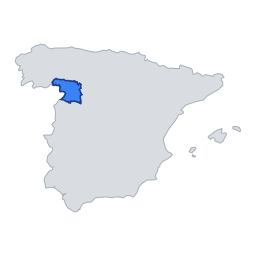 Zamora on a map of Spain (Mercator projection)
{"feature_id": "ESP-5852", "entity_name": "Zamora", "entity_type": "Autonomous Community", "adm_level": 1, "iso_a3": "ESP", "parent_name": "Spain", "parent_adm1": "", "projection": "mercator", "projection_center": [-6.097, 41.685], "detail": "fine", "context": "in_parent", "style": "filled", "palette": "blue", "viewbox_px": 256, "rotation_deg": 0, "n_neighbors": 0, "source": "natural_earth", "source_scale": "10m", "svg_char_len": 5724}
<svg xmlns="http://www.w3.org/2000/svg" viewBox="0 0 256 256"><path d="M139.1,52.2L139.1,53.0L140.4,54.5L144.4,55.4L145.4,56.0L145.3,58.1L144.3,59.9L145.1,60.7L146.1,60.6L147.3,59.2L147.5,60.1L149.4,61.0L153.4,62.6L156.2,62.9L159.2,66.1L163.9,65.5L168.2,68.5L172.2,67.9L173.1,68.5L179.4,68.5L179.7,66.0L180.5,65.0L191.3,68.5L192.6,70.6L192.4,71.7L193.0,74.2L194.4,74.1L197.3,72.7L201.0,74.5L201.9,76.0L202.7,76.1L205.5,74.6L213.0,76.4L213.3,75.2L213.8,74.9L217.0,73.8L218.3,73.6L222.3,74.4L222.8,75.8L223.6,76.3L223.9,77.6L221.5,78.3L221.3,80.4L222.7,82.2L222.9,85.3L218.9,89.2L207.3,95.9L203.5,99.9L194.9,101.9L186.1,104.9L180.8,110.1L182.1,110.6L183.7,112.3L183.2,113.1L180.9,114.4L178.8,114.7L174.9,121.2L169.6,127.8L167.7,130.8L163.5,138.5L163.4,140.7L165.5,148.3L166.7,150.3L168.3,152.0L171.5,153.4L172.3,154.8L171.2,156.1L168.0,158.5L162.6,161.7L160.2,164.2L159.7,166.6L158.1,167.7L157.5,171.1L155.4,175.7L155.2,177.0L156.9,178.7L155.2,179.7L146.8,180.1L141.6,183.8L139.0,187.0L136.7,193.0L133.8,196.5L132.5,197.1L130.6,195.6L128.1,195.4L125.7,195.9L124.5,197.1L122.6,197.8L120.7,197.2L116.5,196.9L114.7,196.9L111.9,197.9L109.4,197.3L105.3,196.9L96.3,197.7L95.2,198.1L91.2,202.1L86.9,202.2L82.9,203.8L80.3,207.7L79.8,209.8L79.0,209.3L78.4,209.4L78.1,211.0L75.4,212.0L72.3,210.7L69.8,208.8L68.5,208.7L66.3,205.7L65.4,203.7L64.7,201.7L64.7,200.2L62.8,199.4L62.3,197.5L63.7,195.0L65.5,193.6L63.8,193.8L62.6,195.3L61.0,192.8L54.4,187.8L54.8,186.0L53.7,187.4L52.9,187.7L49.6,187.5L45.8,188.1L44.2,179.6L45.1,176.6L49.4,170.8L52.1,169.9L53.2,166.9L50.8,167.1L46.8,161.2L47.8,155.7L51.8,151.6L52.4,150.0L52.6,148.4L51.8,147.4L49.7,146.8L47.4,142.4L47.0,139.7L45.1,138.1L43.6,135.4L45.0,135.0L50.6,135.0L51.9,134.3L52.9,132.5L54.0,129.5L54.3,127.6L52.1,125.0L52.0,124.5L52.3,123.6L55.7,120.6L55.0,118.5L55.5,113.8L55.3,111.1L54.9,108.9L53.7,106.0L54.5,104.9L56.3,103.9L57.7,101.5L59.7,99.5L62.5,97.9L65.6,94.5L65.1,92.9L64.0,92.0L60.1,91.3L59.9,90.6L59.9,86.9L58.9,85.3L57.5,85.5L55.3,84.8L54.8,85.3L52.0,85.1L50.1,84.5L49.3,85.0L49.0,86.4L45.8,87.8L44.0,87.7L41.0,86.5L37.6,86.9L37.2,86.6L34.3,88.2L33.4,88.2L32.2,86.4L33.7,83.6L32.4,81.0L31.5,81.0L26.1,82.9L23.0,85.4L21.7,85.7L21.3,85.2L21.2,81.7L24.4,77.9L22.3,77.6L22.4,76.5L23.8,74.8L22.4,73.5L22.4,69.6L19.5,70.9L18.7,70.7L18.7,69.1L20.5,66.1L18.6,65.7L17.2,64.6L15.4,62.0L15.4,60.7L16.3,57.5L18.9,56.0L21.4,53.9L24.8,54.3L30.0,52.4L31.8,51.5L31.7,50.1L31.1,49.2L31.6,48.2L35.8,45.6L38.4,45.3L40.9,44.0L42.6,44.9L44.2,44.6L45.9,45.6L48.2,47.9L51.5,48.8L54.2,48.1L67.8,47.9L71.7,46.8L74.7,48.2L80.5,48.9L84.0,50.0L93.7,52.0L97.2,52.0L104.2,50.1L106.2,50.6L109.0,49.6L110.3,49.8L112.1,51.2L118.3,53.0L119.9,51.5L121.1,51.1L125.6,52.1L130.0,54.0L132.4,54.2L135.8,53.6L139.1,52.2ZM221.2,132.7L222.8,133.4L224.5,132.7L225.4,132.9L226.2,133.3L226.5,134.6L222.8,141.4L220.0,143.2L217.1,141.7L215.4,141.4L214.9,140.8L214.6,138.7L213.8,138.0L212.7,137.7L210.5,139.4L209.8,138.3L208.7,138.0L208.3,137.4L208.3,136.5L215.2,131.3L217.2,130.1L221.4,128.7L222.1,128.9L221.5,129.7L222.1,130.5L221.2,132.7ZM240.6,129.9L240.0,131.8L234.9,129.3L233.2,129.0L232.8,128.6L233.0,126.7L236.4,126.5L239.2,127.4L240.6,129.9ZM192.9,151.4L192.3,152.7L189.8,152.2L189.2,151.7L189.8,150.2L190.5,150.0L190.6,149.0L191.3,147.9L194.9,147.1L195.7,147.8L195.9,148.8L193.7,151.1L192.9,151.4ZM195.4,156.6L195.0,156.9L192.3,156.7L192.2,155.8L192.8,154.6L193.8,155.8L195.4,156.0L195.4,156.6Z" fill="#d9dde1" stroke="#a8b0b8" stroke-width="1"/><path d="M61.1,99.5L61.5,99.3L62.0,98.8L62.5,97.9L62.8,97.9L62.9,97.6L63.1,97.3L63.3,97.2L63.8,97.2L64.4,95.9L64.5,95.8L64.4,95.6L64.5,95.2L64.9,94.8L65.7,93.6L65.6,93.4L65.3,93.1L64.6,92.3L63.9,91.8L63.1,91.5L61.7,91.3L61.4,91.4L61.3,91.5L61.0,91.7L60.8,91.8L60.6,91.8L60.1,91.7L59.9,91.3L59.8,90.9L59.8,90.4L59.7,90.2L59.6,89.9L59.7,89.6L59.8,89.5L59.8,89.2L60.2,87.4L60.4,87.0L60.0,86.9L59.7,86.8L59.6,86.7L59.7,85.7L59.6,85.3L59.4,85.1L59.0,84.9L58.8,85.4L58.2,85.5L57.0,85.6L56.6,85.4L55.9,84.5L55.4,84.4L55.3,85.1L54.9,85.3L53.9,85.4L53.4,85.3L53.0,85.0L52.8,84.9L52.8,84.6L52.7,84.4L52.8,84.3L52.8,84.1L53.1,83.4L53.1,83.2L52.9,83.0L52.8,82.9L52.4,82.9L52.2,82.8L52.1,82.7L52.1,82.3L52.3,82.1L52.7,81.5L52.9,81.4L53.0,81.3L53.1,81.2L53.3,81.1L53.4,80.5L53.5,80.3L53.6,80.1L54.2,79.6L54.5,79.3L54.7,79.2L55.1,79.1L55.3,79.1L55.7,79.2L55.8,79.2L55.8,78.9L55.9,78.7L56.1,78.4L57.4,79.2L57.7,79.3L58.3,79.2L58.9,79.4L59.9,79.4L60.4,79.5L61.0,79.9L62.0,79.5L63.5,79.6L63.8,79.4L64.0,79.4L64.1,79.5L64.3,79.9L64.5,80.1L65.1,80.3L65.6,80.7L65.8,80.7L68.4,80.5L69.9,81.2L70.0,81.2L70.3,81.0L70.5,81.0L70.6,80.9L70.7,80.7L70.8,80.7L71.1,80.9L71.3,81.3L71.8,81.4L73.2,81.0L73.4,81.5L74.5,81.3L74.5,80.9L74.9,81.0L75.1,81.2L75.4,81.6L75.5,81.8L75.4,82.2L76.6,82.6L76.8,81.8L77.1,81.9L77.3,82.8L77.9,83.9L77.7,84.4L78.5,84.8L78.8,83.4L79.5,83.1L81.1,84.5L80.7,85.0L80.7,85.3L80.8,85.8L80.8,86.1L80.7,86.4L80.7,86.9L80.8,87.4L81.1,88.2L79.3,89.4L79.6,90.3L80.2,91.0L80.3,91.4L80.4,92.3L80.6,92.6L81.1,92.9L81.1,93.0L81.0,93.4L80.9,93.6L81.0,93.8L82.0,94.6L81.5,95.0L81.4,95.1L80.7,95.2L80.5,95.4L80.3,95.6L80.1,95.9L80.1,96.3L80.1,96.7L80.2,96.9L80.4,97.0L80.3,98.3L80.3,98.7L80.4,98.9L80.8,99.5L80.8,99.8L80.9,100.7L80.8,101.1L80.7,101.4L80.1,102.0L80.4,102.3L81.0,102.2L80.9,103.3L80.9,103.5L80.6,103.7L80.3,103.6L80.2,103.5L79.9,103.1L79.7,103.1L79.2,103.0L79.0,102.1L77.5,102.3L76.6,101.7L75.6,101.6L75.3,101.5L74.8,100.9L74.6,100.8L73.9,101.2L72.3,101.5L71.0,101.0L70.7,101.1L70.5,101.3L70.5,101.7L70.5,102.3L70.6,102.5L70.5,102.9L70.3,103.1L70.0,103.1L69.8,103.0L69.8,102.9L69.7,102.8L69.7,102.6L69.3,102.9L69.2,102.9L68.7,102.6L68.8,102.2L68.7,101.9L68.2,101.6L67.3,101.5L67.0,101.9L63.8,100.0L61.1,99.5Z" fill="#3b82f6" stroke="#1e3a8a" stroke-width="1.5"/></svg>